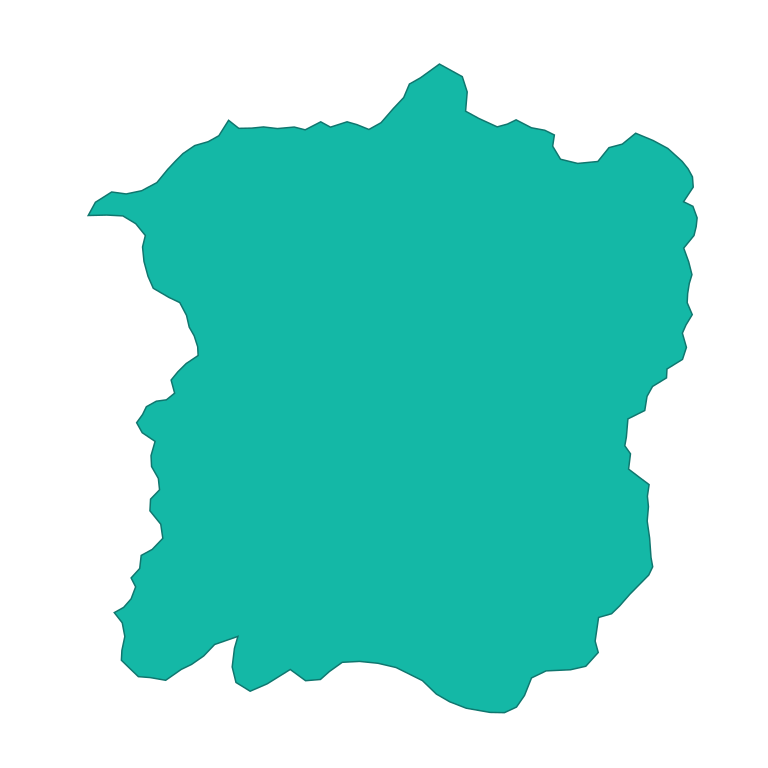 Tejupá, São Paulo, Brazil (Natural Earth projection), rotated 93°
{"feature_id": "56859067B53062032582919", "entity_name": "Tejupá", "entity_type": "district", "adm_level": 2, "iso_a3": "BRA", "parent_name": "Brazil", "parent_adm1": "São Paulo", "projection": "natural_earth1", "projection_center": [-49.31, -23.348], "detail": "fine", "context": "isolated", "style": "filled", "palette": "teal", "viewbox_px": 768, "rotation_deg": 93, "n_neighbors": 0, "source": "geoboundaries", "source_scale": "gbopen_adm2", "svg_char_len": 2244}
<svg xmlns="http://www.w3.org/2000/svg" viewBox="0 0 768 768"><g transform="rotate(93 384 384)"><path d="M128.8,553.0L144.7,561.9L151.2,572.2L155.8,585.5L164.4,596.8L172.4,604.0L180.8,611.1L194.8,621.4L203.7,636.2L207.7,651.4L206.5,666.0L217.6,681.7L231.2,688.2L229.8,669.7L229.8,653.6L236.9,640.3L248.2,630.1L259.8,632.3L274.2,630.1L288.8,625.3L300.5,619.4L308.8,603.3L313.4,592.2L325.8,584.8L337.4,581.5L345.8,576.1L356.6,572.0L365.3,571.1L373.9,582.6L382.6,590.5L391.2,596.8L404.1,592.6L411.2,600.5L413.1,610.5L419.1,620.1L427.1,623.5L435.6,629.0L445.3,622.9L453.3,609.6L467.7,612.9L478.6,611.8L490.1,604.4L501.4,602.6L511.2,611.1L522.9,611.1L535.7,599.6L549.7,596.8L561.3,606.8L567.9,617.5L581.0,618.3L590.9,626.4L599.6,621.4L611.8,625.3L620.7,632.3L626.4,641.4L636.2,632.9L649.7,629.6L663.7,631.8L673.6,631.8L681.4,622.9L689.1,614.0L689.4,602.2L691.3,586.5L679.6,571.5L674.1,561.5L665.0,549.8L653.0,539.5L643.7,516.7L655.7,519.5L674.5,520.8L689.8,516.2L697.8,501.6L689.5,484.9L674.0,462.7L684.4,446.8L682.4,432.0L674.0,423.5L664.1,411.1L662.3,393.9L663.2,375.4L666.5,357.1L678.2,330.1L690.9,315.5L697.9,301.8L703.5,284.8L706.4,260.9L705.9,246.5L699.7,234.8L687.7,227.4L669.8,221.3L662.0,207.1L659.6,182.8L655.3,167.7L640.9,156.0L629.7,159.7L605.9,157.5L601.5,144.7L593.3,137.1L581.1,127.5L560.9,109.6L552.5,106.1L543.2,108.3L523.9,110.7L507.1,114.0L492.7,113.5L482.3,115.1L470.6,114.0L463.5,124.6L456.2,135.3L440.8,134.2L433.1,140.3L424.4,139.2L406.1,138.6L396.8,122.2L382.6,120.7L372.4,115.7L363.1,102.2L354.2,102.2L343.8,87.2L331.6,83.9L317.6,88.7L309.2,85.5L298.6,79.8L286.9,85.5L277.8,85.5L267.6,84.4L258.7,82.2L246.1,86.1L232.6,91.8L219.5,82.2L210.6,80.5L201.7,80.0L190.4,84.8L186.3,94.4L171.2,85.5L161.0,86.8L153.2,91.6L146.1,97.9L133.9,112.9L126.8,127.9L120.4,145.8L132.0,158.6L136.2,171.7L150.6,182.1L153.6,202.1L150.3,219.5L137.7,228.0L126.4,226.9L122.2,236.7L120.4,250.2L113.3,265.9L118.0,274.4L121.3,284.4L113.8,303.3L107.3,316.8L88.0,316.2L73.0,321.9L61.6,345.4L76.3,363.6L83.1,374.3L96.9,379.3L108.2,388.9L123.2,400.6L130.6,412.4L126.4,424.6L124.1,434.6L130.3,450.9L125.5,460.9L134.3,476.0L132.1,487.1L134.5,503.8L133.6,517.8L135.4,529.5L136.3,542.4L128.8,553.0Z" fill="#14b8a6" stroke="#0f766e" stroke-width="1.5"/></g></svg>